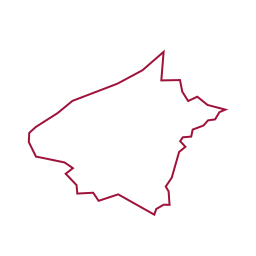 Johnson, Kentucky, United States of America (Natural Earth projection), rotated 305°
{"feature_id": "52423323B17100846991834", "entity_name": "Johnson", "entity_type": "district", "adm_level": 2, "iso_a3": "USA", "parent_name": "United States of America", "parent_adm1": "Kentucky", "projection": "natural_earth1", "projection_center": [-82.813, 37.852], "detail": "fine", "context": "isolated", "style": "outline", "palette": "rose", "viewbox_px": 256, "rotation_deg": 305, "n_neighbors": 0, "source": "geoboundaries", "source_scale": "gbopen_adm2", "svg_char_len": 644}
<svg xmlns="http://www.w3.org/2000/svg" viewBox="0 0 256 256"><g transform="rotate(305 128 128)"><path d="M210.8,113.5L183.6,106.7L158.4,94.0L118.3,66.9L99.9,61.8L76.0,51.9L67.4,49.9L59.6,54.8L51.8,69.0L63.4,95.8L63.5,105.9L54.8,103.2L51.7,118.6L45.2,124.1L55.0,136.6L51.5,145.7L68.0,158.0L72.1,199.2L77.9,197.6L85.6,201.2L88.9,206.1L99.4,197.6L101.7,192.5L112.5,192.3L137.7,183.6L145.5,185.8L147.1,178.3L151.8,178.2L157.2,184.7L163.8,181.9L173.3,188.4L180.2,189.2L185.0,194.4L193.4,193.8L198.9,197.2L192.5,180.0L193.4,166.8L184.6,161.8L188.9,151.6L197.1,143.1L186.1,128.0L210.8,113.5Z" fill="none" stroke="#9f1239" stroke-width="2"/></g></svg>